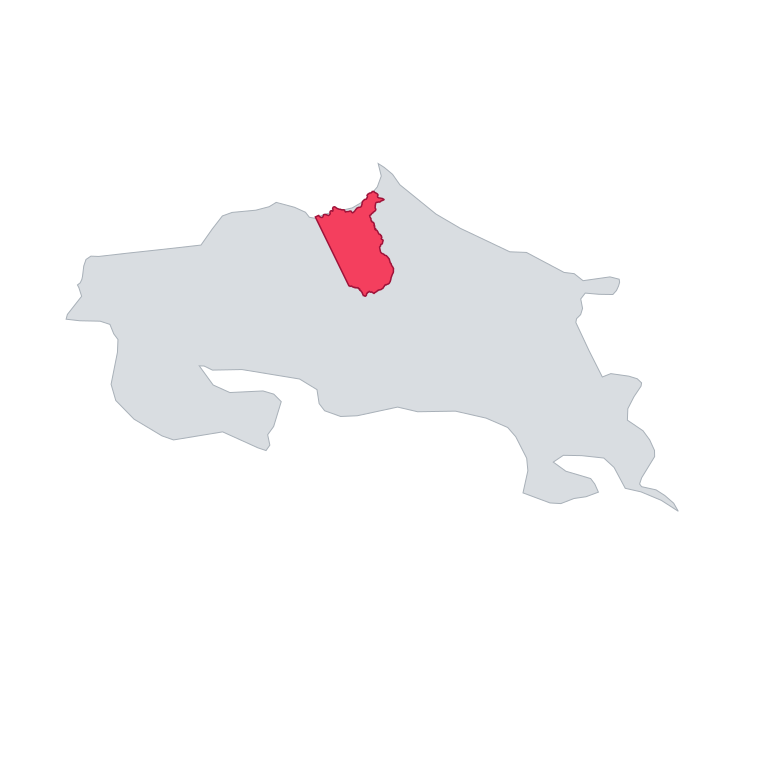 Sarapiqui, Heredia, Costa Rica shown in context, rotated 334°
{"feature_id": "36466004B54791236061025", "entity_name": "Sarapiqui", "entity_type": "district", "adm_level": 2, "iso_a3": "CRI", "parent_name": "Costa Rica", "parent_adm1": "Heredia", "projection": "mercator", "projection_center": [-83.949, 10.488], "detail": "fine", "context": "in_parent", "style": "filled", "palette": "rose", "viewbox_px": 768, "rotation_deg": 334, "n_neighbors": 0, "source": "geoboundaries", "source_scale": "gbopen_adm2", "svg_char_len": 7445}
<svg xmlns="http://www.w3.org/2000/svg" viewBox="0 0 768 768"><g transform="rotate(334 384 384)"><path d="M641.3,392.9L640.4,395.8L637.7,398.8L633.9,401.9L628.9,403.9L616.7,397.7L604.7,390.5L598.1,393.8L595.6,403.1L591.2,407.8L585.7,409.7L583.4,412.8L582.9,444.0L583.3,473.4L592.4,474.1L607.5,484.3L613.9,490.3L616.0,495.9L614.1,498.6L603.1,505.0L592.3,513.1L586.9,523.2L596.3,539.6L598.3,550.7L598.0,562.3L595.4,567.9L574.5,581.2L569.9,585.9L570.5,589.2L582.1,598.4L587.5,607.3L592.1,618.1L592.7,627.4L582.2,610.1L567.7,593.6L555.1,583.5L554.2,559.8L549.1,546.9L530.2,535.0L513.9,526.7L501.9,528.4L509.2,542.1L528.3,559.6L529.6,566.3L529.3,575.2L516.2,573.9L504.6,570.2L490.5,569.0L481.1,563.7L461.2,542.8L475.3,525.0L479.7,513.3L479.3,489.1L476.1,477.3L460.8,459.4L436.3,439.7L402.1,423.7L386.1,410.7L346.0,400.8L330.8,394.2L318.9,382.0L317.1,373.2L321.3,359.7L310.3,342.5L262.6,308.7L235.9,296.3L230.2,289.0L225.9,286.7L230.0,310.0L241.7,324.1L272.2,337.2L280.5,344.8L283.9,354.8L266.2,373.8L257.2,378.6L254.6,388.9L248.8,392.1L242.7,386.1L218.0,356.3L170.3,342.0L161.7,333.3L143.9,306.0L135.7,281.2L138.6,264.6L158.3,238.7L164.4,227.4L163.1,220.5L163.8,210.3L156.4,203.1L138.3,193.8L126.7,186.4L129.9,182.7L150.7,172.6L152.0,163.6L151.9,160.6L155.3,159.9L158.3,157.5L160.2,155.1L165.9,146.3L170.8,141.4L176.6,140.6L183.5,144.3L209.8,153.6L238.9,164.1L280.4,178.9L297.6,169.4L312.4,162.1L322.7,163.2L345.0,171.6L358.5,174.3L366.7,173.5L381.0,185.9L388.7,195.2L390.0,201.4L394.4,204.7L405.5,205.5L432.7,211.8L449.3,210.5L464.4,203.9L472.7,195.9L475.4,183.3L479.2,189.5L483.6,199.3L485.6,211.9L505.2,254.0L520.8,277.5L555.0,320.3L569.7,328.2L594.7,362.6L603.3,368.2L608.2,378.4L634.1,386.8L641.3,392.9Z" fill="#d9dde1" stroke="#a8b0b8" stroke-width="1"/><path d="M433.5,295.3L433.8,295.0L434.4,294.7L435.8,293.2L436.5,292.2L436.9,291.8L437.1,291.3L437.9,290.8L438.2,290.4L438.4,290.1L439.2,289.5L439.8,288.9L441.1,288.0L441.7,287.2L442.6,285.3L442.8,285.0L443.1,284.7L443.1,283.6L443.2,283.2L443.2,282.9L443.1,282.7L443.0,281.9L442.9,281.3L442.9,280.8L442.9,279.9L443.0,279.6L443.1,279.3L443.1,278.6L442.8,278.0L442.8,277.1L443.1,276.5L443.1,275.7L443.5,274.1L443.4,273.8L443.4,273.3L443.2,273.0L443.1,272.0L442.7,270.8L442.6,270.4L442.4,269.7L441.8,269.1L441.4,268.8L441.0,268.5L440.9,268.2L440.9,267.6L440.8,267.4L440.5,267.2L440.1,266.3L439.6,266.0L439.3,265.7L438.8,264.3L438.9,263.2L439.0,262.7L439.2,262.2L439.2,261.9L439.4,261.3L439.5,260.7L439.9,259.5L440.0,259.4L440.0,259.2L440.1,258.9L440.3,258.8L440.6,258.7L441.5,258.4L441.6,258.2L441.8,257.8L442.1,257.3L442.3,257.2L443.6,257.3L444.1,257.0L444.6,256.5L445.1,255.6L446.0,254.9L446.1,254.6L446.1,253.8L445.3,252.9L445.2,252.7L445.4,252.0L446.2,251.4L446.4,251.1L446.4,250.2L446.6,249.8L446.6,249.6L446.2,249.2L446.2,248.7L446.3,248.4L446.3,248.1L445.9,247.8L445.7,247.5L445.1,246.8L445.2,246.1L445.1,245.7L445.1,245.4L445.2,244.9L445.2,244.6L445.1,244.1L445.1,243.4L445.0,242.9L444.7,242.5L444.3,242.2L444.2,242.0L444.0,241.8L444.0,241.6L444.5,241.3L444.5,241.1L444.5,240.8L443.8,240.8L443.9,240.5L444.1,239.8L444.1,239.6L444.1,239.2L444.6,238.3L444.8,238.1L444.5,237.8L444.5,237.6L444.5,237.4L444.8,237.3L444.8,236.8L445.2,236.3L445.4,235.4L445.4,235.2L445.2,234.9L445.4,234.5L445.4,234.4L445.3,234.1L444.7,233.6L444.5,233.0L444.2,232.8L444.1,232.4L444.1,232.1L444.3,232.1L444.4,231.9L444.2,231.5L444.2,231.1L444.3,230.6L444.6,230.1L444.8,229.6L444.8,229.2L444.7,229.0L444.7,228.3L444.6,228.0L444.6,227.7L444.8,227.0L444.8,226.7L445.0,226.2L446.5,226.2L446.7,225.9L446.9,225.7L447.2,225.7L447.7,225.5L448.2,225.4L448.5,225.2L449.2,225.3L449.5,225.0L449.6,224.9L449.8,224.8L450.7,224.8L451.0,224.7L451.5,224.7L451.8,224.4L452.7,224.1L452.9,223.7L453.2,223.5L453.3,223.2L453.2,222.0L453.3,221.6L453.7,221.1L453.9,220.8L454.0,220.3L454.1,220.0L454.7,219.5L455.0,218.9L455.2,218.7L455.6,218.1L456.4,217.5L457.2,217.5L457.5,217.6L458.0,218.0L458.4,217.9L458.7,217.9L459.1,218.1L459.6,218.5L460.4,218.5L460.5,218.6L461.4,218.3L461.7,218.3L462.1,218.2L462.4,218.2L462.9,218.4L464.5,218.4L464.8,218.3L464.8,218.0L464.0,216.7L463.0,215.9L462.6,215.7L462.2,215.3L461.9,215.1L461.0,214.5L460.8,214.2L460.6,213.8L460.2,213.4L460.3,212.9L460.6,212.2L461.0,211.9L461.3,211.7L461.5,211.5L461.4,210.3L460.7,209.1L459.5,207.5L459.4,207.2L459.4,206.5L458.6,206.2L457.8,205.8L457.2,206.3L456.1,206.5L455.4,206.3L454.8,206.1L454.2,206.1L453.2,206.4L452.9,206.4L452.7,206.3L452.5,206.5L451.9,206.7L451.4,207.0L451.4,207.5L451.3,208.2L451.2,208.5L450.5,209.2L450.0,209.3L449.6,209.8L449.2,210.0L448.9,210.1L448.2,209.8L447.7,209.8L447.2,209.6L446.5,210.0L445.6,210.2L445.0,210.4L444.6,210.6L444.3,210.9L444.0,211.4L443.7,211.7L443.0,212.7L443.0,212.9L442.9,213.1L442.1,213.6L441.6,214.4L440.9,214.6L440.1,214.7L439.0,214.2L438.6,214.1L437.8,214.1L437.0,214.0L436.7,214.1L436.0,214.5L435.2,214.7L433.6,215.7L433.2,215.8L432.8,216.0L432.7,216.0L431.8,216.3L430.9,216.4L430.6,216.1L430.4,215.8L430.3,215.0L430.2,214.7L430.2,214.3L430.1,214.1L429.8,213.9L429.1,213.6L428.8,213.5L428.0,213.5L427.3,213.3L426.3,212.8L425.6,212.6L425.0,212.6L424.8,212.5L424.7,212.3L424.7,210.6L424.6,210.3L424.4,209.9L423.5,209.5L423.2,209.3L422.5,209.0L422.1,208.6L421.7,208.3L421.5,207.9L421.3,207.8L420.6,207.4L420.2,207.2L419.8,206.7L419.4,206.3L419.3,206.1L418.8,205.7L417.8,203.7L417.5,203.3L417.0,202.9L415.9,202.8L415.4,203.1L414.9,203.6L414.7,203.9L414.5,205.2L414.4,205.3L414.3,205.5L414.0,205.9L413.7,206.1L413.4,206.1L413.2,205.9L413.1,205.7L412.9,205.3L412.7,205.1L412.4,205.1L411.9,205.1L411.7,205.1L411.1,205.5L410.8,205.8L410.7,206.1L410.5,206.5L410.5,207.1L410.3,207.4L409.9,207.7L409.0,208.1L408.2,208.2L407.8,208.2L407.3,207.5L407.0,207.3L406.5,206.7L405.8,206.1L405.1,205.7L404.4,205.4L404.0,205.4L403.7,205.6L402.4,206.9L401.8,207.2L401.5,207.2L401.1,207.1L400.9,206.9L400.3,206.5L399.7,205.7L399.4,205.0L399.4,204.8L399.2,204.5L399.2,204.0L399.2,203.9L398.7,203.8L397.2,203.8L395.5,203.8L395.5,280.3L395.8,280.5L396.2,281.0L396.3,281.4L396.9,281.5L397.6,281.7L397.6,281.8L398.1,282.2L398.1,282.5L398.3,282.9L398.7,283.3L398.9,283.4L399.0,283.6L399.3,283.7L399.4,284.0L399.7,284.1L400.1,284.3L400.1,284.6L400.3,284.6L400.7,285.0L400.8,285.0L400.9,285.3L401.1,285.3L401.2,285.2L401.3,285.2L401.7,285.5L401.9,285.8L402.0,285.9L402.3,285.9L402.7,285.9L402.9,286.1L403.0,286.5L402.9,286.9L403.0,287.3L403.1,287.5L403.5,287.5L403.7,287.8L403.7,288.2L403.5,288.3L403.5,288.8L403.4,288.9L403.4,289.1L403.5,289.4L403.8,289.7L403.9,290.1L404.1,290.3L404.2,291.5L404.3,291.6L404.4,291.9L404.5,292.2L404.5,292.3L404.3,292.6L404.3,293.9L404.2,294.5L404.3,294.8L404.2,295.5L404.8,295.8L405.1,296.1L405.4,296.8L405.7,296.9L406.2,296.9L406.5,296.7L407.1,296.5L407.3,296.3L407.5,295.8L408.0,295.2L408.4,295.2L408.9,295.0L409.1,294.6L409.7,294.5L409.9,294.5L410.1,294.7L410.6,294.6L410.9,294.6L411.1,294.4L411.3,294.3L411.4,294.5L412.2,295.6L412.5,295.7L412.6,295.8L413.1,295.8L413.4,296.0L414.2,297.5L414.7,298.2L415.2,298.1L415.6,297.8L416.1,297.9L417.0,297.8L417.7,297.6L418.0,297.7L418.7,297.4L419.3,297.4L419.6,297.4L419.8,297.1L420.0,297.1L420.3,297.1L420.7,297.4L421.4,297.4L421.8,297.6L422.2,297.7L422.9,297.8L423.4,297.6L424.9,297.6L425.0,297.5L425.1,297.4L426.4,296.6L427.2,296.3L427.5,295.9L427.9,295.6L428.2,295.6L428.4,295.7L428.6,295.7L429.1,295.5L429.5,295.9L430.1,295.8L430.7,295.8L431.0,295.8L431.3,296.0L431.9,295.9L432.7,295.8L433.5,295.3Z" fill="#f43f5e" stroke="#9f1239" stroke-width="1.5"/></g></svg>